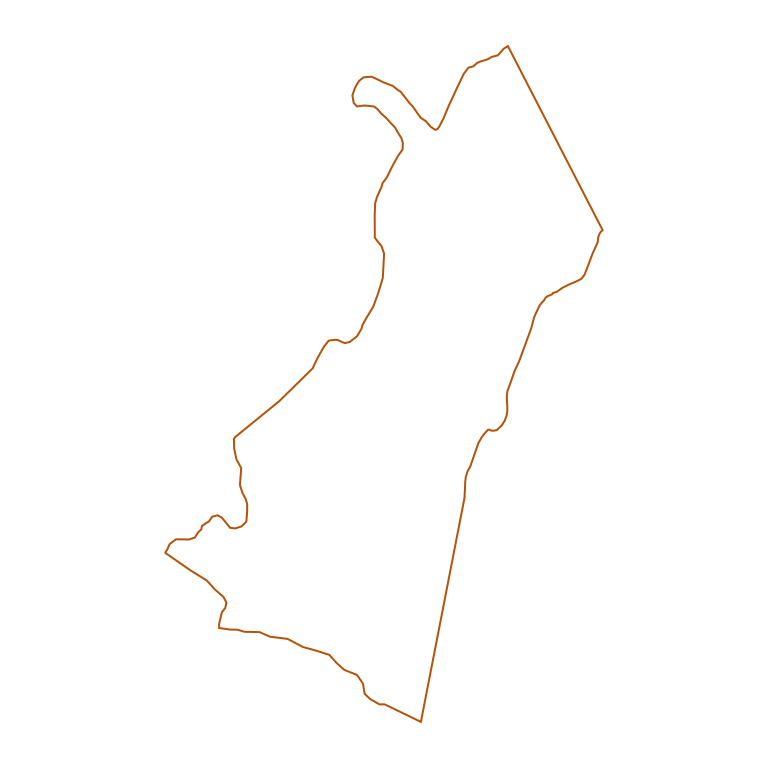 Tete Morne, Choiseul, Saint Lucia (Equal Earth projection)
{"feature_id": "8701671B29380756423502", "entity_name": "Tete Morne", "entity_type": "district", "adm_level": 2, "iso_a3": "LCA", "parent_name": "Saint Lucia", "parent_adm1": "Choiseul", "projection": "equal_earth", "projection_center": [-61.034, 13.762], "detail": "fine", "context": "isolated", "style": "outline", "palette": "amber", "viewbox_px": 768, "rotation_deg": 0, "n_neighbors": 0, "source": "geoboundaries", "source_scale": "gbopen_adm2", "svg_char_len": 2479}
<svg xmlns="http://www.w3.org/2000/svg" viewBox="0 0 768 768"><path d="M165.5,552.0L165.4,552.9L166.6,553.8L190.8,570.6L206.8,580.5L214.9,589.5L223.5,597.0L226.4,602.5L225.3,607.9L221.9,612.2L219.1,624.0L219.1,628.0L230.3,629.6L237.4,629.7L244.5,631.8L249.8,631.9L259.5,632.1L270.0,636.7L287.6,638.9L302.9,647.0L316.3,650.7L329.4,654.9L336.5,662.9L344.3,669.9L357.0,675.0L362.9,683.5L364.7,693.9L370.6,699.4L379.6,704.4L384.5,704.3L420.1,721.5L420.9,721.9L464.5,497.9L465.0,488.0L465.2,482.1L465.8,477.0L467.6,471.1L470.4,466.3L471.2,463.8L478.4,443.0L482.1,436.6L485.7,432.2L488.2,429.6L490.0,429.8L491.4,430.7L494.2,430.7L496.8,430.0L501.6,425.6L504.7,420.8L506.5,415.8L507.3,411.4L507.3,406.1L506.8,399.7L506.9,395.8L507.4,391.2L510.0,384.1L514.8,370.5L516.9,366.1L519.2,361.1L531.1,328.6L531.8,326.2L534.0,317.6L536.6,311.7L539.9,304.9L543.8,300.5L545.6,297.8L547.7,296.1L552.2,294.3L553.0,293.0L556.6,291.9L562.6,287.7L569.6,284.2L572.9,282.9L574.4,282.3L578.6,280.3L581.5,278.7L584.6,274.6L587.1,268.2L592.6,253.5L597.7,242.3L598.0,238.6L598.7,235.7L600.3,232.4L602.6,230.1L507.9,46.1L503.6,48.8L497.9,55.3L491.5,57.0L487.7,59.3L479.9,61.7L476.9,63.1L473.3,66.4L468.3,67.7L463.8,73.8L457.5,86.9L448.6,106.1L443.6,118.2L439.5,126.2L437.5,129.1L435.2,129.8L430.8,126.9L426.0,121.3L420.6,117.7L418.4,114.6L412.6,106.3L409.4,103.0L400.8,91.8L398.3,90.3L397.8,90.0L392.8,85.9L383.2,82.3L378.1,79.7L371.7,76.7L363.7,77.3L361.7,78.8L359.2,80.8L357.0,84.2L354.8,88.3L352.4,95.4L353.7,102.9L356.9,106.4L364.4,105.5L369.9,106.0L374.2,106.6L377.1,108.8L381.6,113.9L386.4,118.2L390.1,122.3L395.2,127.7L397.3,131.6L401.5,138.3L402.8,143.0L402.6,149.5L400.0,153.1L397.7,156.4L391.5,167.8L386.8,177.5L382.6,183.1L381.6,186.7L379.7,191.0L377.0,196.9L375.2,203.1L374.7,214.7L374.8,237.6L377.4,241.2L381.6,246.2L384.1,253.7L383.8,259.3L382.8,277.8L380.7,285.0L377.7,294.6L373.2,306.7L371.1,310.2L365.9,318.8L362.3,325.4L361.5,328.7L356.9,336.4L349.7,342.0L344.9,343.1L342.5,342.2L337.5,339.9L333.7,339.9L328.7,340.7L324.2,346.3L317.8,357.5L312.7,368.3L279.3,401.1L235.1,437.1L233.9,438.9L234.2,448.8L236.4,459.2L241.2,468.1L240.7,475.0L239.9,484.9L242.4,492.8L245.8,499.3L247.2,504.2L247.1,513.3L246.3,521.7L241.4,526.5L235.0,528.4L230.1,527.8L226.1,522.8L221.6,517.4L217.5,515.3L212.2,516.7L208.8,521.6L206.2,523.0L202.0,525.9L201.3,529.4L198.2,532.3L194.8,537.6L188.8,539.5L176.0,539.3L173.4,541.2L169.6,544.1L167.3,549.5L165.5,552.0Z" fill="none" stroke="#b45309" stroke-width="2"/></svg>